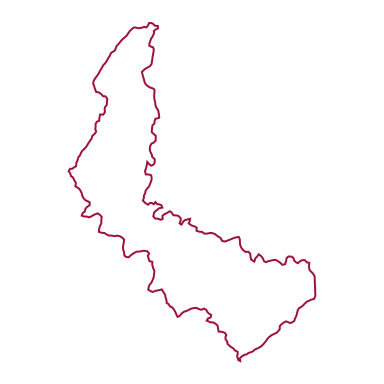 outline of Bom Jesus do Itabapoana, Rio de Janeiro, Brazil
{"feature_id": "56859067B13557448343202", "entity_name": "Bom Jesus do Itabapoana", "entity_type": "district", "adm_level": 2, "iso_a3": "BRA", "parent_name": "Brazil", "parent_adm1": "Rio de Janeiro", "projection": "robinson", "projection_center": [-41.691, -21.09], "detail": "fine", "context": "isolated", "style": "outline", "palette": "rose", "viewbox_px": 384, "rotation_deg": 0, "n_neighbors": 0, "source": "geoboundaries", "source_scale": "gbopen_adm2", "svg_char_len": 5180}
<svg xmlns="http://www.w3.org/2000/svg" viewBox="0 0 384 384"><path d="M202.0,231.9L199.4,231.7L196.5,230.8L196.7,227.7L194.6,226.4L191.4,225.4L188.7,223.4L189.7,221.0L190.1,218.8L187.2,219.5L185.0,220.1L183.3,221.5L181.5,224.6L179.6,223.4L180.7,220.3L180.6,218.1L178.5,216.0L176.3,215.4L173.4,215.3L171.4,212.3L169.7,211.3L166.7,213.1L164.0,214.5L162.4,216.0L162.7,218.9L160.7,219.8L157.8,218.7L155.2,218.5L153.3,216.4L154.1,212.6L155.7,210.9L157.6,209.6L159.2,208.2L162.4,207.6L161.3,205.1L158.9,204.3L157.0,204.1L155.4,202.1L153.8,204.2L152.1,203.1L150.2,202.8L147.9,204.7L145.3,203.0L142.9,200.6L143.9,197.8L143.9,195.5L145.1,193.5L145.5,191.0L147.0,188.6L148.8,186.8L150.2,183.6L151.3,180.7L151.7,178.2L151.2,175.3L148.9,174.5L145.8,174.4L145.0,171.1L146.1,168.1L146.7,165.4L147.3,162.0L149.0,164.0L151.1,165.7L153.7,164.5L154.7,162.4L154.7,159.2L152.3,157.0L151.6,154.1L150.4,151.9L149.8,149.7L150.0,146.5L151.5,143.6L153.6,142.7L155.7,140.7L155.7,138.3L155.7,135.6L153.8,134.2L151.7,132.0L152.0,128.8L152.5,125.3L154.4,123.6L154.6,121.0L155.4,118.8L157.4,118.4L159.2,117.7L159.0,114.7L158.2,110.4L156.3,107.6L155.5,105.4L155.2,102.7L154.6,100.0L154.2,97.8L154.2,95.7L154.4,92.5L154.5,89.7L152.9,88.4L150.5,87.7L147.6,86.0L145.8,84.4L144.7,82.5L143.9,79.3L142.8,75.7L141.9,71.9L144.8,69.1L147.4,67.6L150.0,66.2L151.6,63.9L152.3,59.3L152.6,56.6L153.1,54.2L153.5,52.0L153.8,49.5L153.1,47.4L151.1,46.7L149.2,45.6L149.5,43.1L150.3,40.9L151.1,38.6L152.5,36.6L154.0,33.4L153.8,31.2L155.5,29.6L158.0,28.3L157.8,26.0L154.9,25.7L152.9,23.7L151.1,23.0L149.0,23.1L147.9,25.7L146.3,27.5L144.2,26.9L141.4,27.8L138.7,28.3L135.5,27.5L133.6,27.6L131.9,29.0L129.8,31.1L128.1,33.4L126.8,35.6L124.5,37.5L122.6,39.2L121.2,40.7L119.9,42.3L118.5,44.0L116.6,46.1L115.7,48.5L114.7,50.7L113.0,51.7L111.1,52.9L109.7,55.9L108.1,58.3L106.8,61.0L104.8,63.7L103.2,65.3L101.9,67.7L99.8,71.2L98.4,74.0L96.9,76.1L95.1,78.4L93.6,81.0L93.2,83.8L94.0,85.7L94.9,88.7L96.2,92.0L98.6,92.3L101.2,94.1L103.1,96.2L105.6,96.4L107.3,98.9L107.0,101.5L106.8,104.7L105.0,107.2L104.6,109.4L105.0,112.0L103.3,114.6L100.1,114.5L99.3,118.4L99.3,120.7L96.9,121.7L95.6,123.9L95.6,126.7L95.3,129.1L96.2,131.6L94.6,133.9L92.3,135.9L91.6,138.6L89.7,141.2L87.8,144.2L86.1,147.0L83.8,149.5L82.0,151.0L81.0,153.0L79.9,155.4L78.3,157.4L77.5,160.4L76.4,162.9L76.1,166.2L74.0,167.4L72.3,168.7L70.0,168.9L68.7,171.2L70.2,173.4L71.1,176.3L72.9,177.3L74.2,180.1L75.9,182.9L75.4,186.3L77.1,187.4L78.8,188.4L80.4,190.5L81.7,193.2L82.3,195.8L83.3,197.8L85.1,200.0L87.7,201.3L89.7,202.2L89.6,205.2L86.6,207.3L85.3,209.1L84.8,211.5L82.7,213.1L81.8,215.6L84.1,216.5L87.0,216.6L89.2,217.4L91.3,216.4L93.3,215.2L95.3,214.2L97.7,213.4L100.0,214.9L101.7,217.0L101.3,220.5L101.3,223.5L100.0,225.9L99.1,228.9L99.0,231.9L101.7,232.8L104.5,233.0L106.3,234.3L108.7,235.5L111.6,235.6L114.4,236.1L117.6,235.7L120.1,236.4L122.2,237.6L124.1,239.6L123.7,242.9L123.0,246.6L123.2,249.8L124.0,251.9L124.4,255.6L126.5,257.1L128.8,257.2L131.0,255.1L133.8,253.2L136.4,251.7L138.5,251.6L141.2,251.3L143.0,250.8L145.0,250.8L147.4,251.4L149.1,253.5L147.9,255.9L148.7,258.9L149.4,261.1L152.3,261.9L152.3,264.9L153.1,268.0L154.4,270.9L154.0,274.9L153.5,278.0L152.2,281.0L151.2,282.9L149.6,284.8L148.7,287.1L148.2,289.7L150.1,290.8L152.4,292.0L155.4,290.9L157.7,290.4L159.9,290.0L161.8,289.4L163.4,292.1L165.1,294.6L165.6,297.6L166.5,300.3L166.6,302.8L168.6,304.1L170.0,306.5L171.8,307.0L173.7,309.2L175.3,311.9L176.5,314.8L177.6,316.9L179.5,316.1L181.4,313.8L184.0,311.7L186.1,311.1L188.6,310.0L191.1,308.7L193.6,308.1L196.3,307.8L198.7,309.0L201.2,309.8L204.1,308.6L206.3,309.9L207.6,312.3L209.4,313.9L211.2,314.9L210.7,317.4L208.1,318.4L206.7,320.6L209.2,321.7L211.0,322.5L212.9,322.3L215.6,323.7L217.6,325.8L218.1,328.8L218.6,331.6L221.7,331.8L224.8,332.8L226.3,334.9L225.5,337.0L225.6,339.4L227.2,341.5L227.5,343.9L230.2,346.4L233.5,348.6L234.9,350.4L237.6,351.7L237.7,354.0L237.1,356.4L238.4,360.1L240.2,361.0L239.8,358.4L241.4,356.7L243.7,355.2L246.8,354.2L248.8,352.8L250.7,352.3L252.8,351.4L254.4,349.9L256.2,348.9L258.6,347.9L261.6,346.0L264.0,343.5L266.1,340.8L267.5,338.8L269.1,337.0L271.9,335.0L274.2,333.9L277.1,332.4L279.7,329.4L279.8,326.1L281.6,324.2L283.4,322.8L285.9,321.4L288.1,322.1L290.1,323.1L292.1,322.3L294.3,320.9L294.9,318.8L296.2,316.2L297.0,313.4L297.6,310.8L298.7,308.4L301.2,306.9L303.1,305.5L304.7,303.6L307.2,301.4L309.0,300.8L310.9,299.8L314.2,298.8L315.3,295.8L315.3,293.2L314.6,276.2L313.0,273.6L309.7,270.2L308.9,267.2L309.3,262.8L307.0,262.4L304.7,260.1L302.2,260.1L299.5,261.6L298.0,263.2L296.2,262.4L294.3,260.7L293.2,257.6L291.3,256.6L288.4,256.5L286.6,258.1L286.1,261.2L285.0,264.3L282.4,264.8L280.3,262.8L277.3,260.7L275.1,259.8L272.2,260.3L270.3,260.7L268.1,261.2L266.0,262.2L264.1,261.3L262.9,258.4L261.1,256.1L258.7,254.3L257.0,256.7L255.4,258.3L254.3,261.6L251.1,259.5L250.5,256.3L250.2,253.5L248.2,251.7L245.6,252.0L243.0,250.0L241.3,247.7L240.3,245.3L239.9,242.9L239.9,239.6L238.7,236.9L235.5,237.5L232.9,238.4L230.0,239.6L227.4,240.6L225.1,241.5L222.2,241.0L220.7,238.2L219.1,237.0L217.1,235.9L215.2,234.2L212.4,233.1L210.0,233.0L207.2,233.6L204.2,233.6L202.0,231.9Z" fill="none" stroke="#9f1239" stroke-width="2"/></svg>